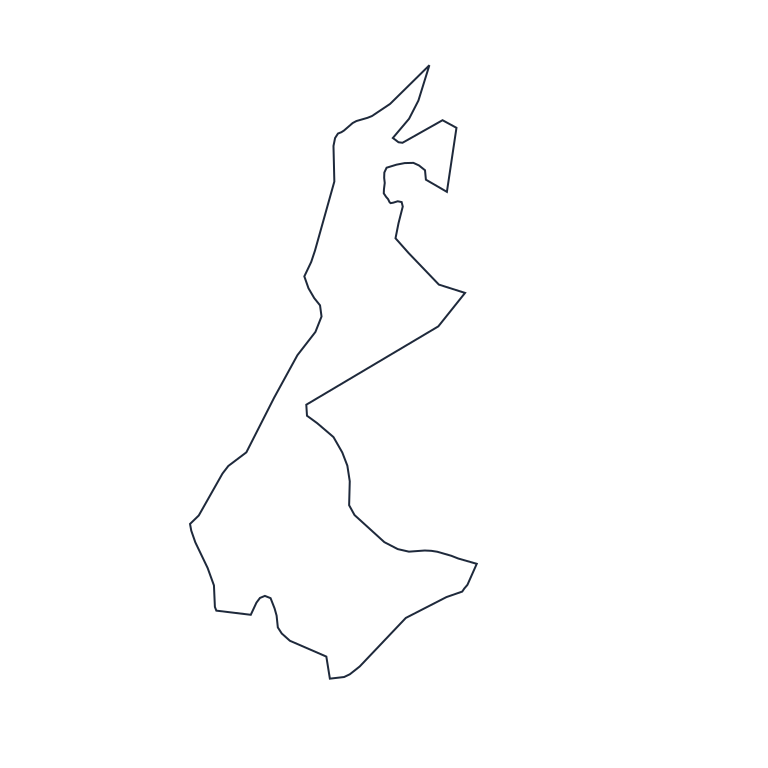 outline of Appenzell Ausserrhoden, rotated 307°
{"feature_id": "CHE-166", "entity_name": "Appenzell Ausserrhoden", "entity_type": "Canton", "adm_level": 1, "iso_a3": "CHE", "parent_name": "Switzerland", "parent_adm1": "", "projection": "equal_earth", "projection_center": [9.395, 47.359], "detail": "fine", "context": "isolated", "style": "outline", "palette": "slate", "viewbox_px": 768, "rotation_deg": 307, "n_neighbors": 0, "source": "natural_earth", "source_scale": "10m", "svg_char_len": 1438}
<svg xmlns="http://www.w3.org/2000/svg" viewBox="0 0 768 768"><g transform="rotate(307 384 384)"><path d="M503.4,324.8L496.4,368.0L505.5,393.9L462.7,392.7L320.7,334.4L312.3,341.6L312.5,354.2L311.2,375.6L304.2,391.9L296.7,403.9L285.7,415.2L266.2,429.1L261.6,439.3L257.9,479.5L260.4,494.3L265.1,504.8L275.5,516.7L279.2,522.1L282.1,527.5L287.3,541.1L289.3,548.3L296.2,566.3L273.8,571.5L269.0,571.2L265.3,571.4L251.4,562.1L210.3,542.2L143.8,534.6L131.6,531.4L126.0,528.5L116.1,518.1L131.6,502.0L122.3,463.4L123.2,452.5L125.7,445.7L134.4,437.6L138.9,431.7L144.7,422.3L143.1,416.4L138.5,413.7L132.7,413.7L119.5,416.5L102.1,386.5L104.2,383.1L120.8,369.4L130.9,353.9L144.0,328.6L150.9,318.3L155.5,313.3L167.5,315.2L215.3,308.9L224.9,309.0L246.6,315.2L306.9,304.5L354.9,297.5L384.3,297.9L400.3,293.5L408.3,285.6L410.6,276.6L415.0,266.1L422.0,255.6L437.7,252.4L449.0,248.6L515.8,222.5L543.7,200.4L551.0,196.9L556.3,196.5L559.4,198.4L562.3,199.5L573.5,201.9L577.4,203.7L586.6,210.6L590.7,213.1L611.4,220.3L665.9,228.4L631.1,240.9L610.9,244.4L585.8,243.0L585.8,250.1L587.8,253.6L629.9,272.0L632.2,287.7L575.3,318.6L572.4,294.5L579.4,288.1L579.6,280.4L578.3,274.4L572.9,267.6L566.7,262.0L558.3,255.9L553.1,257.0L548.7,260.1L545.0,263.6L539.6,266.7L536.1,269.1L534.7,273.1L534.1,276.0L532.6,278.9L532.4,280.4L534.3,282.2L538.2,285.0L539.9,288.6L537.0,292.2L521.2,298.8L507.3,305.5L503.4,324.8Z" fill="none" stroke="#1e293b" stroke-width="2"/></g></svg>